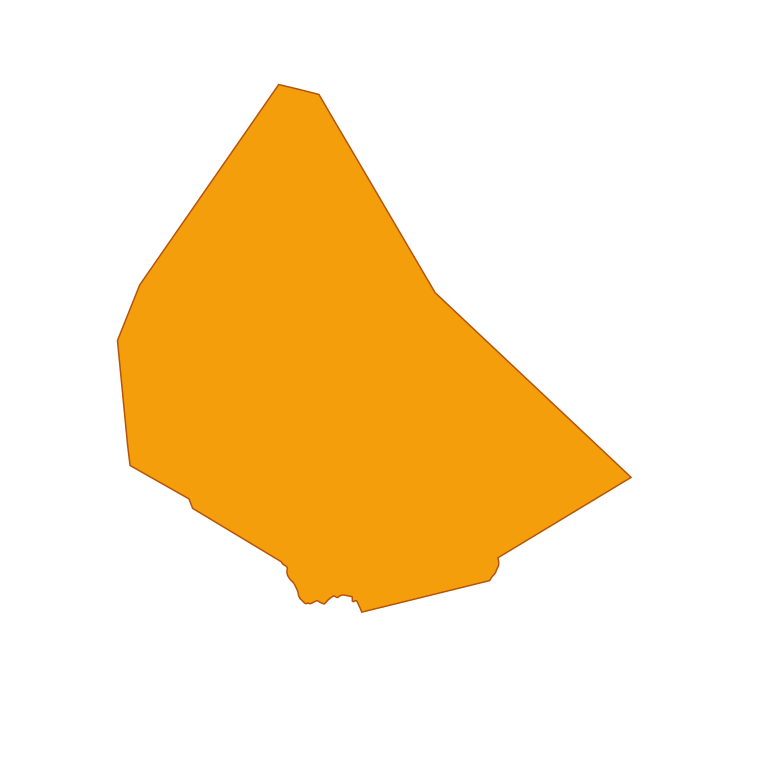 outline of San Luis, Comayagua, Honduras, rotated 26°
{"feature_id": "27666195B17713094876682", "entity_name": "San Luis", "entity_type": "district", "adm_level": 2, "iso_a3": "HND", "parent_name": "Honduras", "parent_adm1": "Comayagua", "projection": "natural_earth1", "projection_center": [-87.433, 14.775], "detail": "fine", "context": "isolated", "style": "filled", "palette": "amber", "viewbox_px": 768, "rotation_deg": 26, "n_neighbors": 0, "source": "geoboundaries", "source_scale": "gbopen_adm2", "svg_char_len": 4646}
<svg xmlns="http://www.w3.org/2000/svg" viewBox="0 0 768 768"><g transform="rotate(26 384 384)"><path d="M647.0,359.6L560.4,332.6L446.6,297.2L389.9,279.5L253.7,188.9L225.7,170.4L198.6,152.3L180.2,156.1L158.1,161.0L138.2,290.3L121.0,402.1L125.4,461.8L180.2,551.1L191.5,568.6L205.1,569.4L209.6,569.7L258.1,572.7L259.1,572.8L266.6,579.7L369.6,588.8L369.9,589.0L370.3,589.2L370.6,589.5L370.8,589.6L371.0,589.7L371.2,589.8L371.4,589.9L371.5,589.9L371.7,590.0L372.0,590.1L372.4,590.3L372.6,590.3L372.9,590.4L373.1,590.4L373.3,590.4L373.6,590.4L373.8,590.5L374.2,590.5L374.4,590.5L374.5,590.5L374.9,590.6L375.2,590.6L375.3,590.6L375.7,590.7L375.9,590.8L376.1,590.8L376.6,591.0L377.1,591.2L377.3,591.3L377.5,591.4L377.6,591.5L377.8,591.7L377.8,591.8L377.9,592.0L378.0,592.2L378.0,592.3L378.1,592.5L378.2,592.9L378.2,593.0L378.3,593.2L378.3,593.3L378.4,593.6L378.5,593.9L378.6,594.1L378.9,594.9L379.2,595.6L379.4,595.9L379.5,596.0L379.6,596.3L379.8,596.6L379.9,596.8L380.1,597.0L380.3,597.3L380.5,597.5L380.8,597.7L380.9,597.9L381.2,598.1L381.3,598.2L381.5,598.4L381.6,598.5L381.9,598.7L382.3,599.0L382.5,599.1L382.9,599.4L383.4,599.7L383.9,600.0L384.5,600.3L385.0,600.6L385.4,600.8L385.7,600.9L386.0,601.0L386.3,601.1L386.6,601.3L386.9,601.4L387.1,601.5L387.4,601.6L387.7,601.6L388.0,601.7L388.3,601.8L388.5,601.9L389.0,602.1L389.5,602.3L389.8,602.4L390.1,602.6L390.3,602.7L390.8,603.0L391.4,603.4L391.7,603.6L393.0,604.6L393.8,605.2L394.5,605.8L395.2,606.3L395.9,606.9L396.6,607.6L397.2,608.1L397.5,608.4L397.8,608.7L398.1,609.0L398.4,609.4L398.5,609.5L398.7,609.8L398.8,610.0L399.0,610.2L399.0,610.3L399.2,610.6L399.3,610.7L399.4,610.8L399.6,611.1L399.9,611.5L400.0,611.6L400.1,611.8L400.3,612.0L400.6,612.2L400.7,612.3L400.8,612.3L401.0,612.4L401.2,612.5L401.3,612.5L401.5,612.6L401.7,612.8L401.8,612.8L401.9,613.0L402.0,613.1L402.1,613.3L402.2,613.5L402.3,613.5L402.6,613.6L403.9,614.1L404.6,614.3L405.5,614.6L406.4,614.9L407.1,615.2L407.7,615.4L408.0,615.5L408.4,615.6L408.5,615.6L408.9,615.7L409.1,615.7L409.4,615.7L409.6,615.7L409.9,615.6L410.1,615.6L410.3,615.5L410.5,615.4L410.8,615.2L411.1,614.9L411.2,614.7L411.3,614.6L411.5,614.5L411.7,614.4L411.8,614.3L412.1,614.2L412.3,614.1L412.5,614.0L412.9,614.0L413.0,614.0L413.4,614.0L413.5,614.0L413.7,613.9L413.8,613.9L414.1,613.8L414.1,613.7L414.3,613.6L414.5,613.4L414.6,613.2L415.1,612.7L415.3,612.4L415.6,612.2L415.8,611.9L416.0,611.6L416.1,611.4L416.3,611.1L416.5,610.9L416.6,610.7L416.9,610.3L417.0,610.1L417.2,609.9L417.3,609.7L417.5,609.5L417.6,609.3L417.8,609.1L418.0,608.9L418.3,608.5L418.4,608.4L418.5,608.3L418.7,608.2L418.8,608.1L419.0,608.0L419.3,608.0L419.5,607.9L420.0,608.0L420.3,608.0L420.6,608.1L421.1,608.2L421.3,608.2L421.6,608.2L421.9,608.2L422.3,608.3L422.8,608.3L423.3,608.2L424.0,608.2L424.5,608.2L424.8,608.2L425.1,608.2L425.4,608.1L425.8,608.1L426.1,608.0L426.3,608.0L426.4,607.9L426.5,607.9L426.7,607.7L426.8,607.7L427.0,607.4L427.1,607.2L427.2,606.8L427.3,606.5L427.4,606.1L427.5,605.7L427.7,605.2L427.9,604.6L428.0,604.0L428.2,603.3L428.3,603.0L428.4,602.8L428.4,602.6L428.5,602.4L428.5,602.2L428.7,601.9L428.9,601.5L429.4,600.3L429.8,599.6L430.2,598.9L430.5,598.2L430.8,597.8L430.9,597.6L431.1,597.2L431.4,596.9L431.5,596.7L431.7,596.4L431.8,596.4L432.1,596.3L432.6,596.4L432.8,596.4L433.1,596.4L434.5,596.5L435.3,596.5L435.5,596.4L435.8,596.3L436.0,596.2L436.2,595.9L436.3,595.7L436.4,595.3L436.4,595.2L436.5,595.1L436.7,594.8L436.7,594.6L436.8,594.5L436.9,594.3L437.0,594.2L437.2,593.9L437.3,593.7L437.5,593.5L437.5,593.4L437.7,593.2L437.8,593.1L438.0,592.9L438.1,592.7L438.3,592.6L438.5,592.4L438.9,592.1L439.1,592.0L439.2,591.9L439.3,591.8L439.7,591.7L439.8,591.6L440.0,591.5L440.9,591.2L441.6,591.0L442.9,590.6L444.2,590.3L445.0,590.0L445.8,589.8L446.6,589.6L447.3,589.5L447.5,589.4L447.8,589.4L448.2,589.3L448.3,589.3L448.7,589.3L448.8,589.3L448.9,589.5L449.0,589.6L449.1,589.8L449.4,590.4L450.0,591.6L450.3,592.3L450.5,592.5L450.6,592.8L450.8,593.0L451.0,593.1L451.3,593.1L451.5,593.1L451.8,593.0L452.0,592.9L452.2,592.7L452.3,592.7L452.4,592.4L452.5,592.2L452.7,591.9L452.8,591.8L452.9,591.7L453.0,591.6L453.2,591.4L453.4,591.3L453.5,591.3L453.6,591.2L453.9,591.1L454.0,591.0L454.3,591.0L454.6,591.1L454.8,591.2L455.1,591.3L455.4,591.5L455.5,591.5L455.8,591.8L456.3,592.2L456.7,592.5L456.8,592.7L457.0,592.8L459.3,594.7L461.6,596.6L462.0,597.0L462.4,597.4L463.2,598.1L464.0,598.8L486.7,579.9L564.9,514.6L565.2,514.0L565.3,511.9L565.7,509.6L566.1,508.1L566.6,506.5L566.9,504.8L566.8,503.3L566.6,500.8L566.6,498.1L566.4,496.5L565.7,494.8L564.8,493.2L564.1,492.0L563.3,491.2L562.5,490.3L647.0,359.6Z" fill="#f59e0b" stroke="#b45309" stroke-width="1.5"/></g></svg>